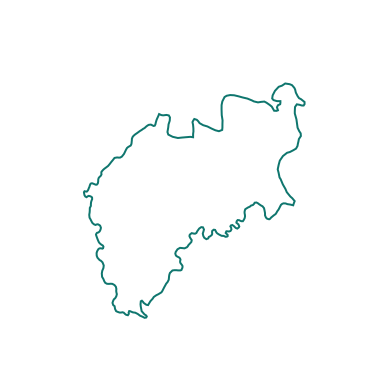 outline of Valozhyn, Minsk, Belarus, rotated 117°
{"feature_id": "67162791B19881563690612", "entity_name": "Valozhyn", "entity_type": "district", "adm_level": 2, "iso_a3": "BLR", "parent_name": "Belarus", "parent_adm1": "Minsk", "projection": "orthographic", "projection_center": [26.67, 54.05], "detail": "fine", "context": "isolated", "style": "outline", "palette": "teal", "viewbox_px": 384, "rotation_deg": 117, "n_neighbors": 0, "source": "geoboundaries", "source_scale": "gbopen_adm2", "svg_char_len": 5707}
<svg xmlns="http://www.w3.org/2000/svg" viewBox="0 0 384 384"><g transform="rotate(117 192 192)"><path d="M292.0,247.9L293.4,246.5L294.6,243.4L294.6,242.0L295.3,239.8L297.5,237.3L300.0,236.4L302.9,236.2L305.5,235.4L308.4,233.6L309.8,231.4L311.3,229.7L312.3,228.1L312.4,226.2L311.7,224.5L310.6,222.7L310.0,221.2L310.1,218.8L311.0,216.8L312.7,215.4L314.6,214.6L316.0,213.6L317.1,212.6L319.3,212.1L321.4,212.2L323.2,212.9L325.2,212.8L326.9,212.5L328.5,210.9L328.9,209.1L331.1,207.5L332.6,205.5L332.6,204.3L332.3,201.8L331.7,200.6L330.7,199.3L330.5,198.0L331.1,196.2L331.3,194.9L330.9,193.2L329.7,193.0L329.0,193.1L328.3,193.7L326.6,193.9L326.3,193.0L326.2,191.3L326.1,190.1L325.7,188.9L325.3,187.8L325.3,185.1L325.4,184.3L325.8,182.1L325.6,179.6L325.6,177.1L324.6,175.8L323.4,175.8L322.8,176.8L322.6,178.8L321.0,182.8L319.3,184.1L317.4,185.6L315.4,186.9L312.6,188.0L311.6,187.3L312.1,185.8L312.7,184.8L313.0,183.0L313.2,181.5L312.7,179.8L311.0,179.7L308.2,179.5L304.9,178.6L302.9,178.4L300.1,176.9L298.4,175.6L295.3,173.7L293.8,173.5L291.0,173.5L289.5,173.5L286.6,173.4L285.5,173.4L283.3,172.9L280.7,172.9L278.9,173.6L277.4,174.2L275.7,174.7L274.1,174.9L270.8,173.8L269.8,172.4L268.8,170.5L268.1,168.6L267.1,166.7L266.3,166.0L265.2,166.1L264.3,166.1L263.4,166.3L262.3,166.8L261.6,167.8L261.0,169.1L260.5,170.1L259.8,170.8L258.7,171.3L257.6,171.5L256.7,172.4L256.2,173.7L256.2,176.1L255.9,177.5L254.5,178.9L252.8,179.3L249.6,178.9L247.2,177.3L246.3,175.0L245.6,173.1L243.6,171.5L242.3,171.1L241.1,171.1L238.0,170.2L236.8,169.9L235.0,170.4L234.2,171.9L233.4,173.2L232.4,174.3L231.0,174.6L228.8,173.6L228.3,171.7L227.8,170.4L226.6,169.5L224.6,169.5L221.3,169.0L219.1,167.8L218.5,166.2L220.0,164.3L221.9,163.9L224.2,163.5L226.0,162.0L227.2,160.3L227.5,157.8L226.0,156.5L224.4,156.6L223.2,155.7L221.4,154.9L220.1,155.0L218.5,156.0L217.3,156.3L215.7,155.5L215.3,154.2L216.3,152.8L217.0,151.8L217.4,150.7L217.6,148.4L217.6,145.7L216.7,143.9L216.7,141.8L215.9,140.6L215.2,140.2L214.1,140.7L213.7,141.8L213.2,143.4L212.3,143.5L211.4,143.5L211.1,143.0L210.8,142.1L210.3,141.0L209.3,140.0L208.1,139.9L207.4,139.9L206.0,141.0L205.2,142.2L204.2,142.2L203.1,141.1L203.4,139.0L203.9,137.7L204.2,136.4L204.0,135.0L202.3,134.2L201.3,134.2L199.8,135.9L199.6,136.8L199.2,138.5L197.8,138.9L196.3,138.6L195.7,137.2L195.7,135.9L195.6,134.7L194.9,133.4L193.1,133.2L191.5,133.2L189.6,133.7L188.3,134.5L187.3,135.3L186.0,136.1L184.2,136.6L183.1,136.7L180.4,135.1L178.8,133.8L177.4,133.3L175.9,131.8L174.3,131.3L173.1,131.3L172.1,129.8L172.1,128.2L172.4,126.7L172.7,124.2L172.7,122.7L173.7,120.5L175.5,119.0L177.6,117.4L179.7,116.3L181.2,114.5L181.7,112.9L181.3,110.9L180.5,110.3L178.8,109.9L177.0,109.1L175.8,108.6L173.7,107.5L171.9,107.3L170.6,107.3L168.3,106.9L165.7,106.9L163.1,106.9L161.5,106.2L160.5,105.2L159.7,103.4L159.5,101.5L158.6,98.8L157.9,95.8L156.3,96.1L153.5,96.4L152.0,99.9L151.4,102.3L150.3,104.8L149.1,107.5L146.9,110.1L144.0,114.5L140.3,118.9L139.3,120.6L135.5,123.6L132.9,125.9L128.5,127.1L124.2,128.0L118.7,127.3L113.9,125.1L112.0,123.0L108.8,120.7L106.1,119.0L103.1,118.9L100.8,119.6L99.1,120.0L96.3,120.8L92.7,120.4L90.4,121.8L89.1,124.1L86.8,127.1L79.9,131.9L75.3,136.1L73.1,137.2L69.5,138.8L66.3,138.4L65.5,135.8L65.1,133.5L64.3,131.8L62.6,131.6L60.7,132.6L60.4,134.1L59.8,137.0L59.8,139.2L58.7,141.3L56.3,144.6L53.8,146.7L53.0,147.8L52.7,148.2L51.4,151.4L51.6,153.9L53.0,158.2L56.4,160.1L58.9,162.5L64.2,164.0L69.3,164.0L72.3,163.0L73.1,161.1L72.5,157.7L70.9,154.5L72.4,153.7L73.8,153.3L75.7,154.8L77.9,154.8L80.2,152.5L81.3,153.5L82.3,155.7L79.7,159.7L79.1,162.6L78.6,166.2L78.6,168.6L80.3,171.3L82.2,173.9L83.2,178.0L83.2,180.3L83.6,185.0L84.8,189.9L85.6,193.9L86.7,198.4L88.3,202.0L90.5,204.8L92.6,206.1L97.5,206.1L101.1,205.1L104.9,203.2L110.0,200.4L114.3,197.3L117.5,195.8L120.9,194.1L123.0,193.3L125.6,195.6L126.4,199.2L126.6,203.3L126.6,208.0L127.4,212.4L127.2,216.5L126.1,218.6L125.5,220.5L125.9,223.1L127.6,223.3L129.5,223.3L131.6,221.6L134.6,219.7L137.4,218.2L139.7,217.4L142.7,215.9L143.6,218.5L145.7,221.9L148.2,225.9L150.3,229.1L151.6,234.3L151.6,239.2L149.7,241.1L145.2,242.5L142.4,243.6L138.6,244.2L135.6,245.5L134.3,247.4L134.9,249.7L136.8,252.5L137.4,254.3L137.5,256.7L139.7,256.5L142.4,256.4L143.8,256.3L146.5,255.8L148.4,255.3L149.8,255.3L150.6,256.2L150.6,257.3L150.6,259.2L151.7,260.9L152.8,261.7L154.4,262.5L156.6,263.3L157.9,264.2L159.7,265.1L161.3,266.1L164.3,267.6L166.5,268.8L168.5,269.6L170.0,269.9L171.9,269.7L173.2,269.1L175.0,268.4L176.6,267.8L178.4,267.7L180.9,269.3L182.3,269.9L184.2,270.0L187.9,269.9L189.1,269.9L192.4,270.6L194.0,271.7L194.8,273.3L195.2,274.4L196.8,276.5L197.9,276.7L199.9,277.1L202.1,277.6L204.4,278.0L206.9,278.6L209.2,279.7L211.0,280.6L212.5,281.2L214.5,281.7L215.4,281.8L216.6,281.2L217.5,280.6L219.2,280.7L220.8,281.3L221.8,281.5L223.2,281.3L225.4,280.3L227.2,279.8L228.7,280.2L229.2,281.1L229.4,283.6L229.6,285.1L230.6,286.1L231.9,286.1L233.2,285.9L234.2,285.7L235.3,285.7L236.9,285.5L237.9,285.5L239.4,285.9L239.8,286.8L240.1,288.1L241.2,288.2L242.1,287.6L243.8,286.2L244.5,284.9L244.5,283.6L243.4,283.1L242.3,282.2L241.9,280.3L242.2,278.6L243.7,277.7L245.3,277.6L246.9,277.3L248.7,276.6L250.3,275.8L252.6,275.8L255.1,274.6L256.8,273.9L258.7,273.3L259.6,272.8L261.4,271.6L262.3,270.2L264.0,267.9L264.8,266.7L265.3,264.7L265.2,263.1L264.1,262.1L263.5,261.2L263.5,259.7L263.7,258.6L265.1,257.0L266.2,256.6L267.7,256.4L269.0,256.4L270.5,257.0L271.5,258.1L272.6,258.3L273.6,258.2L275.0,256.8L276.2,255.5L277.3,254.3L278.8,252.5L279.5,251.2L280.0,249.3L280.2,247.1L280.9,246.1L282.5,245.7L283.2,246.2L283.5,247.6L284.3,248.9L285.5,249.5L287.3,249.6L288.0,249.6L289.7,249.3L292.0,248.0L292.0,247.9Z" fill="none" stroke="#0f766e" stroke-width="2"/></g></svg>